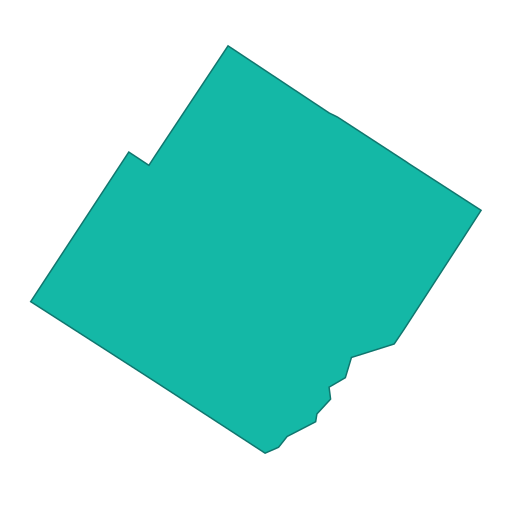 outline of Lafayette, Mississippi, United States of America, rotated 123°
{"feature_id": "52423323B80507694011137", "entity_name": "Lafayette", "entity_type": "district", "adm_level": 2, "iso_a3": "USA", "parent_name": "United States of America", "parent_adm1": "Mississippi", "projection": "natural_earth1", "projection_center": [-89.454, 34.358], "detail": "fine", "context": "isolated", "style": "filled", "palette": "teal", "viewbox_px": 512, "rotation_deg": 123, "n_neighbors": 0, "source": "geoboundaries", "source_scale": "gbopen_adm2", "svg_char_len": 473}
<svg xmlns="http://www.w3.org/2000/svg" viewBox="0 0 512 512"><g transform="rotate(123 256 256)"><path d="M416.3,238.0L416.4,141.0L404.1,132.9L390.4,131.6L362.5,115.7L355.3,118.9L335.4,115.5L326.2,123.3L309.4,114.8L289.1,120.7L254.5,92.2L237.3,91.9L130.8,92.0L95.1,92.1L95.3,178.3L95.2,180.3L95.1,263.2L96.2,272.5L95.0,393.9L226.5,395.2L238.3,395.2L238.1,419.3L417.0,420.1L416.6,347.1L416.3,276.0L416.3,238.0Z" fill="#14b8a6" stroke="#0f766e" stroke-width="1.5"/></g></svg>